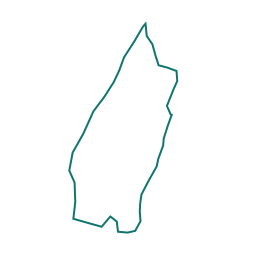 the district of Trelleborg, Skåne, Sweden, rotated 110°
{"feature_id": "70781695B21975001691252", "entity_name": "Trelleborg", "entity_type": "district", "adm_level": 2, "iso_a3": "SWE", "parent_name": "Sweden", "parent_adm1": "Skåne", "projection": "equal_earth", "projection_center": [13.27, 55.427], "detail": "fine", "context": "isolated", "style": "outline", "palette": "teal", "viewbox_px": 256, "rotation_deg": 110, "n_neighbors": 0, "source": "geoboundaries", "source_scale": "gbopen_adm2", "svg_char_len": 660}
<svg xmlns="http://www.w3.org/2000/svg" viewBox="0 0 256 256"><g transform="rotate(110 128 128)"><path d="M24.0,147.2L27.6,148.6L44.0,151.6L62.9,155.9L76.7,155.9L89.7,157.1L106.1,160.7L124.2,166.2L148.4,168.0L170.0,171.6L188.1,168.6L197.6,159.5L215.7,152.2L232.0,148.3L230.6,129.0L229.8,119.0L217.2,114.3L219.7,106.6L228.9,101.9L226.4,92.6L222.2,86.1L213.4,84.7L211.3,84.4L202.1,88.5L194.5,90.8L186.1,92.6L171.9,90.8L154.3,87.9L146.7,89.0L132.4,89.0L125.7,90.8L112.3,91.4L100.7,91.4L100.6,92.6L93.9,99.0L75.4,98.4L67.0,97.8L57.8,101.9L57.8,111.9L58.6,120.7L51.0,126.6L41.0,133.7L35.1,141.9L24.0,147.2Z" fill="none" stroke="#0f766e" stroke-width="2"/></g></svg>